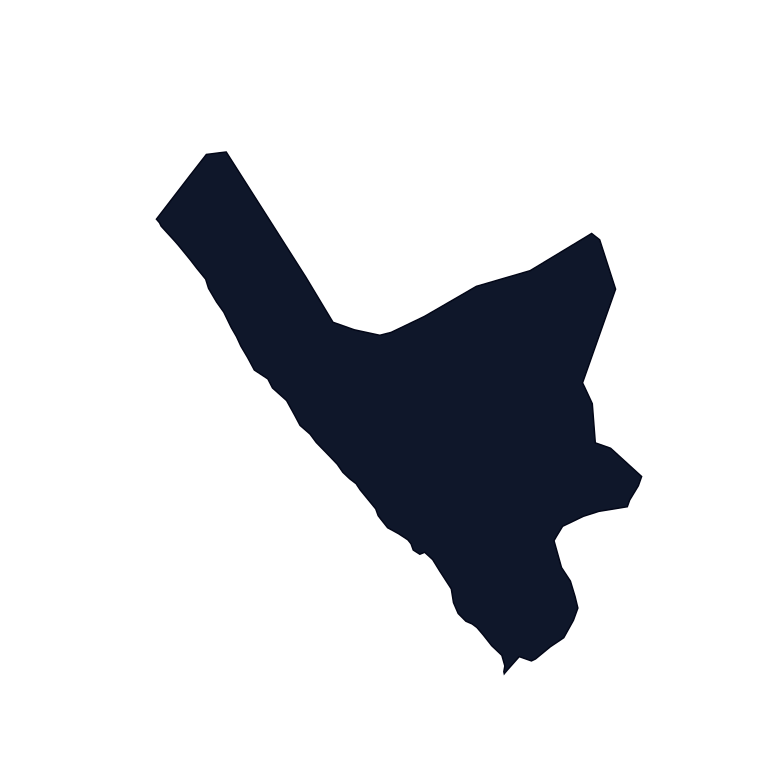 the district of Qina, Qina, Egypt, rotated 23°
{"feature_id": "37247803B63367317087021", "entity_name": "Qina", "entity_type": "district", "adm_level": 2, "iso_a3": "EGY", "parent_name": "Egypt", "parent_adm1": "Qina", "projection": "orthographic", "projection_center": [32.712, 26.165], "detail": "fine", "context": "isolated", "style": "filled", "palette": "ink", "viewbox_px": 768, "rotation_deg": 23, "n_neighbors": 0, "source": "geoboundaries", "source_scale": "gbopen_adm2", "svg_char_len": 1454}
<svg xmlns="http://www.w3.org/2000/svg" viewBox="0 0 768 768"><g transform="rotate(23 384 384)"><path d="M655.9,401.9L655.5,394.8L657.9,378.3L657.3,368.5L617.7,354.6L601.5,355.6L583.4,320.7L570.1,308.7L566.3,305.4L560.1,206.2L526.2,167.0L516.3,164.3L514.1,167.4L474.2,222.6L430.9,258.0L394.8,306.0L376.5,326.8L370.4,333.7L368.6,335.1L368.1,335.5L367.5,335.9L361.1,340.8L335.5,345.7L312.9,347.1L270.2,316.1L148.1,232.1L141.8,235.7L134.8,239.8L130.8,242.1L124.7,265.1L124.0,267.6L123.5,269.6L110.1,321.2L114.4,323.3L117.2,325.8L133.2,333.1L140.1,336.4L157.2,345.4L166.6,350.7L178.9,357.2L185.2,364.6L197.9,374.0L208.5,380.5L221.2,391.6L229.8,398.1L237.5,405.1L248.1,412.9L259.2,421.8L275.1,424.7L282.9,431.2L300.8,437.3L314.3,447.9L322.9,454.9L335.5,459.0L344.5,464.3L360.0,470.8L372.3,476.1L380.7,481.4L389.6,484.7L397.4,486.7L398.0,487.1L398.5,487.5L403.5,490.8L425.2,502.2L430.1,507.5L434.0,509.7L443.5,514.9L455.8,516.1L466.8,518.1L471.3,520.5L475.8,525.4L483.5,526.7L487.2,523.0L497.4,526.6L508.4,534.4L526.0,546.3L533.4,558.1L542.0,566.3L552.2,570.4L558.7,570.4L564.6,571.8L573.6,576.3L585.4,582.8L598.5,587.7L605.4,596.3L606.7,602.0L607.9,603.7L608.0,603.3L609.4,598.8L612.7,589.0L615.0,582.1L627.9,581.3L630.9,577.9L639.7,561.0L648.6,547.3L650.7,527.5L650.0,514.5L643.0,505.1L632.6,492.6L619.1,483.6L601.7,461.8L602.3,456.8L604.0,445.2L619.2,427.9L631.5,417.3L645.8,408.3L655.9,401.9Z" fill="#0f172a" stroke="#020617" stroke-width="1.5"/></g></svg>